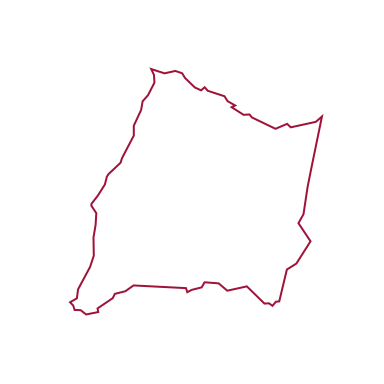 the district of Williamsburg, South Carolina, United States of America, rotated 167°
{"feature_id": "52423323B81362152802157", "entity_name": "Williamsburg", "entity_type": "district", "adm_level": 2, "iso_a3": "USA", "parent_name": "United States of America", "parent_adm1": "South Carolina", "projection": "albers", "projection_center": [-79.682, 33.598], "detail": "fine", "context": "isolated", "style": "outline", "palette": "rose", "viewbox_px": 384, "rotation_deg": 167, "n_neighbors": 0, "source": "geoboundaries", "source_scale": "gbopen_adm2", "svg_char_len": 1038}
<svg xmlns="http://www.w3.org/2000/svg" viewBox="0 0 384 384"><g transform="rotate(167 192 192)"><path d="M131.6,65.8L117.0,95.1L106.4,98.8L87.6,117.3L95.3,137.7L88.4,145.2L78.2,171.0L69.3,190.7L48.4,236.3L55.6,232.5L81.2,232.8L84.0,237.0L96.4,234.8L116.9,251.2L118.5,254.6L124.4,255.6L134.3,265.7L130.5,266.6L136.9,272.5L138.8,278.0L153.8,287.0L156.1,291.2L160.3,289.0L165.7,293.2L173.1,304.6L174.9,309.9L181.0,313.7L192.1,313.8L204.1,321.0L202.7,314.6L204.0,307.0L213.1,296.2L219.7,291.5L223.1,283.4L233.8,269.7L236.0,260.1L252.6,240.7L255.0,236.6L269.2,228.3L271.5,226.1L275.2,218.9L284.6,209.6L292.5,203.2L293.2,201.4L290.0,192.9L293.3,181.7L298.2,169.9L302.0,152.1L308.1,142.0L324.9,122.8L328.1,114.3L335.6,112.0L333.3,108.1L332.9,103.5L327.1,101.9L322.7,96.5L310.4,96.1L310.2,99.8L293.1,106.4L290.1,110.1L279.3,110.3L270.0,114.1L219.5,99.7L219.1,95.4L214.3,96.7L204.0,96.9L200.1,101.2L186.6,97.0L179.8,87.9L159.8,87.7L146.5,67.0L142.0,66.2L139.2,63.0L134.9,66.2L131.6,65.8Z" fill="none" stroke="#9f1239" stroke-width="2"/></g></svg>